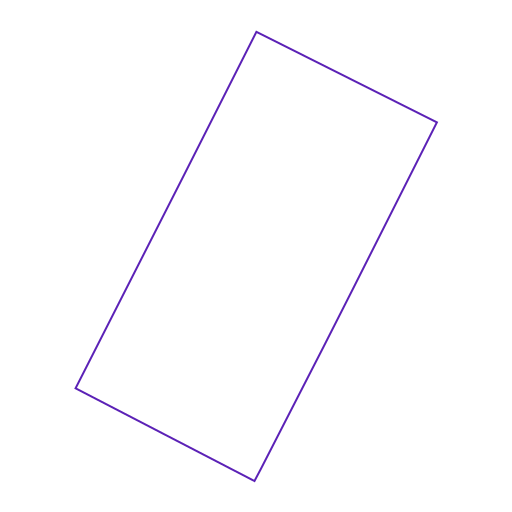 LaMoure, North Dakota, United States of America, rotated 297°
{"feature_id": "52423323B85348929712808", "entity_name": "LaMoure", "entity_type": "district", "adm_level": 2, "iso_a3": "USA", "parent_name": "United States of America", "parent_adm1": "North Dakota", "projection": "albers", "projection_center": [-98.623, 46.457], "detail": "fine", "context": "isolated", "style": "outline", "palette": "violet", "viewbox_px": 512, "rotation_deg": 297, "n_neighbors": 0, "source": "geoboundaries", "source_scale": "gbopen_adm2", "svg_char_len": 282}
<svg xmlns="http://www.w3.org/2000/svg" viewBox="0 0 512 512"><g transform="rotate(297 256 256)"><path d="M294.4,155.1L56.2,155.3L55.5,255.6L54.8,356.8L68.6,357.0L205.7,357.4L269.3,357.3L457.2,356.5L455.9,154.6L294.4,155.1Z" fill="none" stroke="#5b21b6" stroke-width="2"/></g></svg>